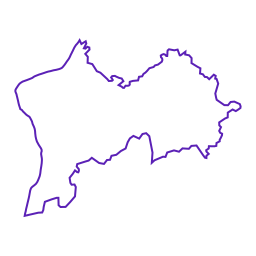 Quebracho, Paysandú, Uruguay
{"feature_id": "84410073B73193959772066", "entity_name": "Quebracho", "entity_type": "district", "adm_level": 2, "iso_a3": "URY", "parent_name": "Uruguay", "parent_adm1": "Paysandú", "projection": "albers", "projection_center": [-57.976, -31.953], "detail": "fine", "context": "isolated", "style": "outline", "palette": "violet", "viewbox_px": 256, "rotation_deg": 0, "n_neighbors": 0, "source": "geoboundaries", "source_scale": "gbopen_adm2", "svg_char_len": 3494}
<svg xmlns="http://www.w3.org/2000/svg" viewBox="0 0 256 256"><path d="M203.2,155.3L205.0,157.7L206.4,158.0L206.5,155.7L208.7,153.9L206.4,151.5L206.2,150.2L208.7,148.5L208.9,146.2L214.3,146.3L216.3,145.9L216.5,143.0L219.7,141.3L219.7,139.8L220.9,137.6L222.0,135.2L222.1,133.7L220.2,132.8L219.2,130.9L221.0,127.1L219.3,125.4L219.2,122.4L225.0,118.5L227.7,117.4L227.8,112.6L232.6,109.5L235.8,111.1L238.3,109.5L240.4,108.0L240.6,106.3L239.8,104.1L234.3,101.6L230.6,102.0L228.0,105.2L224.3,105.1L216.7,99.8L216.1,97.6L215.3,93.5L218.2,83.6L216.6,79.0L215.2,78.6L215.7,75.9L213.8,74.7L209.2,79.2L207.0,77.1L204.8,76.9L202.9,74.3L200.0,73.5L200.4,68.3L197.5,66.8L191.5,63.1L191.6,58.1L189.1,55.3L185.2,54.5L185.4,51.7L180.5,55.4L179.7,55.3L177.6,49.6L174.3,50.3L169.0,49.3L167.6,50.5L167.4,52.4L167.4,53.9L167.2,56.0L166.3,56.0L165.2,54.7L163.7,54.1L162.2,54.6L160.8,55.5L161.0,57.2L162.1,58.4L162.4,60.0L161.8,61.7L158.0,64.6L155.0,65.4L153.6,67.0L149.4,68.2L147.1,70.9L145.4,72.6L143.5,73.9L142.2,76.3L139.0,76.8L138.1,80.4L132.9,80.9L129.8,81.8L129.6,82.9L129.8,84.2L129.5,85.0L128.7,85.6L127.1,85.8L125.6,85.7L125.0,86.4L124.0,87.9L123.1,87.9L121.6,86.6L118.6,85.1L121.2,83.0L123.4,81.2L121.7,78.5L119.1,77.9L116.2,76.6L114.9,75.9L112.2,76.1L111.1,77.4L111.9,78.5L112.8,80.0L112.0,80.8L108.8,81.0L107.3,79.1L100.4,72.7L96.8,71.2L94.8,68.0L92.3,64.1L87.6,62.8L87.8,56.8L85.3,53.9L89.5,49.6L89.3,47.5L87.3,46.8L85.4,48.6L83.9,48.3L86.3,43.5L85.7,41.3L81.4,44.0L79.6,40.2L78.9,41.4L78.3,42.3L77.2,43.7L75.9,45.1L75.0,46.5L74.2,47.8L73.6,49.1L73.2,49.9L72.6,51.2L72.1,52.1L71.6,53.2L71.1,54.1L70.5,55.4L69.9,56.8L69.1,58.3L68.6,59.1L68.1,59.8L66.9,61.4L66.3,62.3L65.5,63.5L64.5,64.9L63.6,66.0L62.7,67.1L61.7,68.0L60.4,68.6L59.0,69.1L56.3,69.8L53.5,70.3L50.6,71.1L48.2,71.6L46.5,72.1L44.2,72.9L41.5,73.8L39.2,74.5L36.9,75.4L34.7,76.3L33.5,77.0L32.5,77.8L30.7,78.6L28.9,79.3L26.8,80.1L22.6,81.6L20.4,83.0L19.2,84.1L18.1,85.6L16.4,88.2L16.1,88.7L15.7,89.4L15.5,89.9L15.4,90.3L15.4,90.8L15.4,91.4L15.6,92.1L16.5,94.3L16.7,95.3L16.9,96.1L17.1,96.9L18.0,100.6L18.5,103.0L18.8,104.2L19.0,105.0L19.5,106.5L20.0,108.0L20.3,109.1L21.8,109.9L23.3,111.8L23.6,112.0L24.9,113.3L26.3,114.7L27.4,115.5L29.3,116.7L29.8,117.3L30.9,119.3L32.0,121.5L32.6,123.9L33.9,126.7L34.6,128.6L34.9,130.0L35.1,131.5L35.2,133.2L35.4,134.9L35.6,136.6L36.1,138.9L36.8,141.2L37.1,141.9L37.9,143.3L38.5,144.5L39.4,145.9L40.9,148.2L41.3,149.0L41.6,149.8L41.7,151.1L41.3,152.4L41.1,154.0L41.5,156.4L41.8,158.1L41.9,159.2L41.9,160.3L41.7,163.2L41.3,166.1L40.7,169.8L40.3,173.2L40.0,174.8L39.6,176.4L38.3,179.7L37.3,181.9L36.0,183.8L34.4,185.2L32.7,186.5L32.0,187.1L31.5,187.6L31.0,188.3L30.9,188.5L30.7,189.1L30.2,190.5L29.8,192.7L29.2,196.0L28.7,198.3L28.1,200.8L27.4,203.7L26.9,205.9L26.1,209.1L25.7,211.3L25.1,213.5L24.7,215.8L38.3,212.7L42.2,212.5L43.3,210.0L43.7,206.9L44.9,201.8L51.8,199.3L56.7,197.8L58.4,197.8L58.6,205.2L60.5,207.0L65.6,206.9L70.2,202.0L75.0,196.4L75.8,187.0L74.5,184.5L71.6,184.7L70.4,182.9L69.6,177.8L72.8,173.8L75.0,170.4L77.1,172.1L78.3,172.3L78.9,170.8L78.8,169.1L76.7,166.6L77.2,164.1L86.1,161.3L88.6,160.6L91.8,157.8L99.1,163.0L104.0,163.9L107.0,160.0L110.0,159.8L111.5,155.8L116.3,154.8L120.9,151.0L125.6,148.5L127.7,142.2L129.9,138.4L133.4,135.9L139.2,138.6L142.5,134.0L146.2,133.2L149.3,136.2L152.5,152.6L151.8,162.8L154.5,160.3L163.0,156.7L165.5,156.9L167.2,152.5L174.0,150.4L179.0,151.7L182.5,148.4L188.9,148.8L191.4,145.9L196.5,145.5L203.2,155.3Z" fill="none" stroke="#5b21b6" stroke-width="2"/></svg>